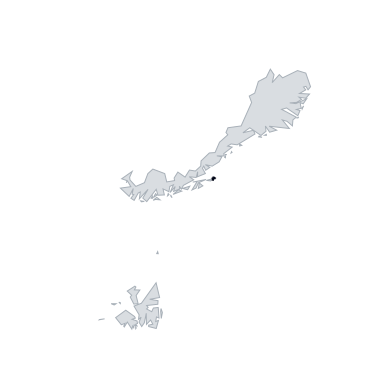 Moskenes nor, Norway shown in context, rotated 203°
{"feature_id": "86288312B19862201560696", "entity_name": "Moskenes nor", "entity_type": "district", "adm_level": 2, "iso_a3": "NOR", "parent_name": "Norway", "parent_adm1": "", "projection": "albers", "projection_center": [12.984, 67.935], "detail": "fine", "context": "in_parent", "style": "filled", "palette": "ink", "viewbox_px": 384, "rotation_deg": 203, "n_neighbors": 0, "source": "geoboundaries", "source_scale": "gbopen_adm2", "svg_char_len": 4741}
<svg xmlns="http://www.w3.org/2000/svg" viewBox="0 0 384 384"><g transform="rotate(203 192 192)"><path d="M219.2,191.4L212.5,195.7L213.9,197.9L212.8,204.8L204.2,203.0L202.9,211.2L197.1,212.6L194.1,219.2L195.8,224.2L191.3,234.7L186.2,237.3L186.1,248.6L181.4,258.6L184.0,260.1L184.0,265.2L172.6,272.0L172.1,297.7L176.8,302.7L172.9,307.5L174.1,319.7L168.4,326.6L167.9,335.7L162.3,332.0L160.9,324.0L157.5,334.2L153.2,332.5L142.3,345.0L133.7,345.9L124.0,335.2L125.1,331.4L128.4,333.8L130.4,332.2L127.2,330.5L131.5,324.7L122.1,328.1L124.0,322.7L130.6,321.1L127.3,320.1L130.7,315.4L136.9,312.2L131.0,313.9L122.9,322.6L124.1,316.6L127.4,316.5L124.2,311.7L128.1,308.8L124.4,309.1L124.4,303.6L137.8,306.3L141.8,303.1L125.3,301.6L127.3,297.8L125.4,292.1L132.2,294.2L137.0,293.6L127.2,288.5L146.7,282.7L138.2,282.0L143.9,277.4L150.2,281.4L147.6,276.8L150.6,271.0L163.9,273.7L168.3,266.4L159.6,272.8L156.7,270.0L168.8,253.1L174.8,251.5L177.1,248.2L172.6,249.0L177.8,239.7L176.4,237.8L183.3,235.0L178.3,236.0L178.8,230.4L183.5,223.7L190.4,222.4L185.2,221.6L187.9,217.4L191.3,220.4L191.7,218.0L186.9,214.2L192.9,208.2L194.7,212.9L193.8,207.0L200.5,205.0L195.2,203.9L202.5,194.8L202.9,190.5L205.9,192.4L204.5,190.1L209.2,185.3L209.6,190.5L212.0,183.0L211.9,191.4L214.6,188.5L213.4,183.3L219.9,183.5L216.3,178.5L222.1,175.7L226.0,180.5L229.9,165.5L234.9,167.2L233.5,177.3L237.8,165.2L239.6,171.8L241.1,170.1L242.0,161.7L245.8,162.4L244.6,166.9L246.3,166.6L247.4,172.3L248.1,163.4L259.4,167.6L250.4,173.0L255.9,177.1L261.9,176.7L255.1,187.6L255.2,181.2L253.7,178.8L245.9,175.2L239.4,182.0L239.8,191.7L237.0,197.8L224.3,198.3L219.2,191.4ZM185.7,48.5L189.9,51.5L189.9,56.9L191.5,53.9L192.7,58.3L200.8,64.3L195.1,69.8L189.6,94.4L180.6,82.2L189.1,76.7L180.8,78.7L179.6,75.3L189.4,69.8L187.3,68.7L188.1,66.6L182.3,66.1L182.2,70.1L178.0,72.5L173.1,63.1L175.9,63.1L174.8,58.6L172.7,60.7L171.6,52.4L179.3,51.2L179.9,52.5L176.4,55.0L180.1,58.0L182.2,52.3L186.7,62.5L184.8,53.0L185.7,48.5ZM193.8,42.3L200.7,47.0L201.6,41.3L202.4,41.8L202.4,44.9L205.2,42.2L213.2,46.5L206.8,57.3L196.2,54.9L194.9,53.8L197.5,51.4L192.2,51.8L190.8,49.7L192.2,48.2L189.7,47.0L193.3,47.0L192.6,44.3L194.2,45.5L193.8,42.3ZM201.7,66.1L207.8,71.2L207.2,73.4L212.9,75.5L207.8,83.0L206.5,82.6L206.8,79.4L201.7,81.4L203.0,74.9L198.0,68.2L201.7,66.1ZM191.4,203.7L195.2,201.4L184.0,209.0L189.7,203.0L189.8,197.2L192.8,193.9L191.4,203.7ZM196.9,192.4L202.1,191.6L196.3,196.5L196.9,192.4ZM201.8,188.8L208.5,182.4L205.2,188.8L201.8,188.8ZM170.9,63.6L174.2,69.9L175.0,72.6L172.2,69.5L170.9,63.6ZM187.6,197.8L188.7,203.1L184.4,201.9L187.6,197.8ZM224.5,169.2L222.4,173.3L218.4,172.3L222.6,170.9L224.5,169.2ZM225.4,171.8L224.9,176.3L223.1,175.4L225.4,171.8ZM179.1,209.5L183.3,208.3L178.8,211.8L179.1,209.5ZM227.4,38.4L222.9,41.1L227.5,38.1L227.4,38.4ZM219.5,57.6L222.8,57.6L218.2,59.5L219.5,57.6ZM232.2,164.7L234.8,163.2L235.8,163.8L232.2,164.7ZM227.1,170.3L226.9,172.7L225.8,170.9L227.1,170.3ZM213.0,178.9L213.3,181.3L212.1,180.6L213.0,178.9ZM200.4,121.5L200.3,123.7L199.0,122.0L200.4,121.5ZM216.3,62.0L214.7,62.1L214.4,61.3L216.3,62.0ZM166.1,253.0L167.0,254.9L164.4,254.4L166.1,253.0ZM208.1,179.0L209.6,179.7L210.6,181.0L208.1,179.0ZM190.4,44.2L191.1,45.6L190.2,45.1L190.4,44.2ZM152.0,269.7L148.9,269.7L152.2,268.8L152.0,269.7ZM147.4,272.6L146.1,274.1L145.7,273.2L147.4,272.6ZM178.1,212.3L176.7,214.2L178.2,211.0L178.1,212.3ZM123.5,312.4L122.9,314.9L123.0,311.5L123.5,312.4ZM175.2,238.2L174.6,236.6L175.5,236.7L175.2,238.2ZM256.0,174.8L256.2,176.8L256.0,176.5L256.0,174.8ZM176.0,239.6L174.4,240.0L176.4,239.3L176.0,239.6ZM171.3,243.1L171.4,244.6L170.6,244.1L171.3,243.1ZM124.1,301.3L123.1,302.8L123.4,301.5L124.1,301.3Z" fill="#d9dde1" stroke="#a8b0b8" stroke-width="1"/><path d="M178.5,212.2L178.4,212.0L178.2,211.9L178.0,212.0L177.9,212.0L177.8,211.9L177.7,211.7L177.7,211.4L177.7,211.2L177.5,211.3L177.4,211.3L177.5,211.5L177.4,211.5L177.4,211.8L177.4,212.0L177.2,212.0L177.2,212.3L177.1,212.5L177.1,212.8L176.9,212.9L176.9,213.0L176.9,213.3L176.9,213.5L176.7,213.7L176.8,213.7L176.7,213.7L176.8,213.8L176.7,213.8L176.6,214.0L176.8,214.1L177.0,214.0L177.0,213.9L177.1,213.7L177.3,213.5L177.3,213.4L177.4,213.5L177.4,213.4L177.5,213.4L177.8,213.3L177.8,213.2L177.8,213.3L177.8,213.2L177.7,213.3L177.7,213.2L177.8,213.2L177.7,213.1L177.8,213.1L178.0,213.0L178.0,212.9L177.9,212.9L178.0,212.8L178.0,212.7L178.1,212.8L178.1,212.7L177.9,212.5L177.8,212.4L177.8,212.5L177.7,212.5L177.7,212.4L177.6,212.5L177.5,212.4L177.6,212.2L177.6,212.3L177.6,212.2L177.7,212.3L177.7,212.2L177.6,211.9L177.8,212.1L177.9,212.3L178.0,212.4L178.1,212.2L178.2,212.3L178.3,212.4L178.3,212.5L178.3,212.4L178.3,212.5L178.3,212.4L178.4,212.2L178.5,212.2L178.5,212.2Z" fill="#0f172a" stroke="#020617" stroke-width="1.5"/></g></svg>